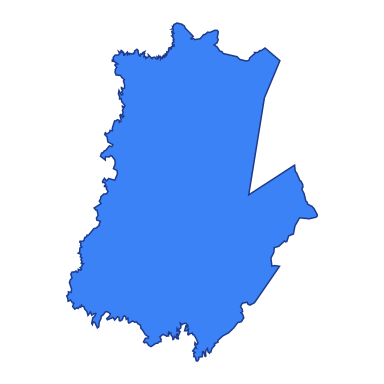 Akyem Mansa, Eastern, Ghana
{"feature_id": "2480657B32538733435540", "entity_name": "Akyem Mansa", "entity_type": "district", "adm_level": 2, "iso_a3": "GHA", "parent_name": "Ghana", "parent_adm1": "Eastern", "projection": "equal_earth", "projection_center": [-1.143, 6.082], "detail": "fine", "context": "isolated", "style": "filled", "palette": "blue", "viewbox_px": 384, "rotation_deg": 0, "n_neighbors": 0, "source": "geoboundaries", "source_scale": "gbopen_adm2", "svg_char_len": 5858}
<svg xmlns="http://www.w3.org/2000/svg" viewBox="0 0 384 384"><path d="M113.1,57.6L113.6,59.9L112.3,59.9L112.3,61.3L114.1,61.4L117.7,63.9L115.1,64.4L114.9,65.2L116.7,67.3L115.3,69.6L115.1,72.5L116.1,75.0L120.7,75.5L121.7,77.4L124.4,79.7L123.4,81.1L124.6,84.8L124.5,88.2L123.4,88.7L121.4,87.5L121.3,88.0L122.5,90.8L121.5,92.2L122.7,93.6L122.6,94.8L121.2,94.9L119.0,90.6L118.4,93.7L119.6,96.8L119.6,99.0L121.1,98.6L121.8,101.8L124.9,105.4L124.4,107.0L122.4,106.1L122.4,107.0L123.5,107.9L122.4,110.2L123.1,112.6L122.3,114.4L123.9,116.3L122.6,117.4L120.6,114.6L119.9,115.2L121.1,119.9L120.8,121.3L119.3,122.3L119.2,120.3L117.3,119.7L115.8,121.0L114.6,120.9L112.3,128.2L112.4,130.8L110.0,130.4L109.8,131.9L108.0,133.4L106.7,133.8L105.4,132.7L104.6,134.4L107.1,137.0L107.9,142.0L112.9,144.7L111.8,146.7L109.4,145.8L105.8,150.3L104.2,150.9L103.0,152.8L101.6,153.0L100.5,156.3L105.3,160.0L105.2,157.9L106.0,156.7L109.2,157.0L110.7,155.5L111.8,156.0L114.9,160.0L115.2,164.1L113.4,168.6L116.5,170.2L117.2,171.1L117.4,174.0L114.8,180.2L108.8,178.5L106.4,180.8L104.4,178.3L102.5,181.5L102.9,182.6L104.8,182.4L105.7,185.4L104.6,185.7L104.4,186.5L106.6,187.0L106.4,189.1L108.0,191.1L106.7,193.8L103.6,194.1L100.8,196.9L100.7,198.7L99.3,201.2L101.1,203.6L94.1,208.0L95.9,210.1L97.0,210.2L98.2,215.5L96.4,218.0L96.8,220.1L100.4,221.3L99.1,224.4L99.5,225.2L95.9,228.2L93.8,228.6L88.7,235.0L86.9,235.2L86.5,236.8L84.7,237.5L84.1,240.0L83.1,241.2L80.0,241.2L79.8,242.2L80.6,242.7L80.9,244.0L80.5,245.7L81.8,247.0L79.9,248.0L79.6,252.1L78.2,253.2L81.0,254.3L80.3,256.9L81.9,257.8L80.9,259.7L82.0,261.5L81.2,263.1L83.4,263.7L82.0,264.9L81.7,266.8L80.2,267.6L81.5,269.3L80.7,270.2L78.3,269.3L78.1,271.9L76.8,272.3L75.9,271.0L74.2,272.1L72.1,272.0L70.8,274.1L72.0,278.1L70.4,279.7L69.4,282.5L71.6,289.2L71.0,292.5L68.4,291.8L68.4,294.5L66.7,295.9L67.8,298.6L68.1,301.3L70.6,300.1L72.3,302.7L73.8,303.2L72.6,306.5L74.8,309.2L76.6,307.8L78.2,308.5L79.7,306.6L80.8,307.2L81.5,305.1L82.2,306.2L84.1,306.8L84.5,308.8L87.0,311.6L88.0,315.4L90.5,312.0L91.8,315.2L94.5,313.5L95.9,313.6L94.6,316.5L92.9,317.6L91.7,323.4L92.4,324.6L93.2,321.9L94.7,322.2L97.4,327.9L98.8,326.8L99.2,322.2L100.9,318.7L101.3,315.9L102.6,315.5L105.7,311.6L108.2,312.1L110.4,313.9L109.8,315.8L106.7,318.6L107.4,319.8L113.1,317.5L114.7,320.0L117.6,316.6L119.0,317.5L119.2,320.5L120.1,321.0L122.3,319.7L123.3,316.7L124.4,315.8L125.9,317.1L126.2,319.4L127.9,318.2L128.3,322.3L128.9,323.1L132.8,321.0L134.7,322.2L136.7,322.0L137.8,323.7L140.4,325.1L140.9,328.4L142.4,329.8L145.4,334.7L148.6,336.8L148.4,338.0L145.4,338.3L143.5,341.9L144.4,342.8L146.5,342.3L148.8,345.4L151.0,346.6L156.0,343.3L157.8,343.2L159.0,341.8L161.0,341.6L161.1,339.1L159.8,337.0L163.0,334.3L166.8,336.2L168.6,335.9L168.3,333.3L168.9,331.9L169.5,332.2L169.7,333.9L171.0,333.2L171.2,335.2L172.7,337.1L172.9,339.5L173.6,339.3L174.6,336.3L177.1,338.8L178.3,338.9L178.5,338.0L177.2,336.8L176.4,334.3L177.1,333.9L177.6,335.6L178.3,335.9L180.1,331.6L179.5,331.0L177.0,331.1L177.1,328.3L178.5,329.9L180.6,328.1L181.0,326.1L180.3,323.2L182.1,324.6L183.5,323.6L185.8,323.3L187.7,325.1L187.9,326.8L187.3,327.3L186.8,325.8L186.0,325.7L184.6,330.8L186.3,330.9L188.4,329.2L187.8,334.5L188.6,334.9L189.5,333.8L192.4,333.1L192.8,334.6L193.9,334.8L195.9,338.0L197.9,342.7L197.7,343.9L196.9,344.6L195.0,342.6L194.8,344.9L196.3,348.1L195.1,347.6L192.7,351.0L195.0,352.4L193.6,353.4L194.1,354.7L193.7,356.5L194.8,356.6L195.6,357.9L196.2,360.8L197.6,361.0L198.7,359.3L199.0,357.1L202.3,356.7L202.6,351.7L203.7,351.7L204.9,356.1L205.5,356.4L205.9,356.0L205.5,353.2L206.0,350.2L207.5,348.5L208.0,351.8L209.5,353.2L210.5,351.5L210.9,351.8L211.9,348.6L214.9,345.1L214.3,344.1L214.7,343.5L217.9,342.3L218.1,340.2L222.9,335.8L228.6,332.8L233.8,327.8L237.7,322.6L241.4,321.7L243.8,317.8L242.6,314.2L240.9,312.7L242.6,311.7L242.2,309.3L240.5,306.6L242.3,303.2L247.3,302.3L248.0,304.2L249.9,305.1L254.5,302.7L279.5,266.3L274.7,265.6L271.9,266.1L270.9,258.1L273.8,252.5L274.3,247.5L278.7,246.4L284.5,241.0L285.6,241.8L286.8,241.5L288.6,235.9L293.4,234.0L295.0,225.8L299.6,217.8L309.1,218.8L316.0,217.2L317.2,216.0L317.3,214.8L314.2,208.9L312.1,206.5L307.6,204.1L307.2,202.3L305.8,200.9L304.1,193.7L302.1,189.9L301.9,188.5L302.9,187.4L302.7,184.5L300.9,181.1L299.9,180.6L296.7,173.1L295.2,171.2L294.6,165.1L248.7,194.9L264.4,97.8L279.9,60.7L265.0,48.0L261.5,50.5L259.5,50.7L258.1,52.4L254.7,52.5L255.2,53.1L249.7,58.0L248.9,60.4L246.3,61.0L239.7,59.4L237.1,56.7L223.2,53.5L221.8,51.5L219.9,51.2L217.2,47.0L214.1,44.9L217.1,42.8L218.2,39.7L217.3,37.6L218.3,31.8L217.1,30.3L214.7,30.3L209.7,32.5L207.7,32.1L205.1,34.5L203.7,34.5L200.2,38.7L194.7,39.6L193.5,38.6L191.2,39.0L190.9,38.8L193.2,36.3L185.2,28.1L184.4,26.0L181.7,24.2L177.1,23.0L174.0,24.5L173.2,26.6L172.5,26.4L172.9,28.5L172.0,29.0L173.1,29.0L173.3,29.7L172.6,31.9L171.9,31.6L172.1,32.7L173.1,32.1L174.0,33.4L172.6,34.2L172.8,36.1L171.9,36.1L173.6,38.0L173.2,39.2L174.0,39.9L173.2,40.7L173.8,42.0L172.5,42.8L172.3,44.2L172.9,45.4L173.8,44.7L174.3,46.0L171.6,46.6L171.2,49.0L170.7,48.8L170.5,47.6L169.1,47.8L168.5,49.3L169.2,50.5L168.2,51.1L168.0,52.2L166.8,51.9L166.9,54.8L166.3,55.5L165.6,53.8L165.0,54.1L165.0,56.9L163.2,57.4L164.1,56.1L163.6,55.4L162.2,57.1L162.2,58.2L161.4,57.6L160.6,59.0L160.6,56.9L160.0,56.2L158.8,57.7L158.5,56.3L157.8,57.7L157.0,57.0L157.1,59.0L155.9,58.7L154.8,57.1L152.4,57.6L152.0,58.6L148.4,54.9L148.7,56.6L145.8,58.4L145.8,56.8L143.9,56.7L144.6,55.4L144.0,54.3L144.7,53.3L144.2,52.4L144.6,51.7L142.6,52.7L142.6,54.0L140.6,53.9L140.3,56.0L139.5,55.8L138.4,53.6L138.1,50.4L136.9,49.3L134.6,51.0L134.6,52.9L133.3,53.1L133.0,54.2L129.3,53.3L129.3,54.2L128.5,53.5L127.6,54.7L127.3,52.2L124.7,54.9L124.1,53.6L123.8,55.8L123.4,53.0L121.9,52.2L122.5,51.3L121.2,50.4L120.2,52.7L118.7,51.6L119.6,53.8L118.2,55.1L115.1,55.1L113.1,57.6Z" fill="#3b82f6" stroke="#1e3a8a" stroke-width="1.5"/></svg>